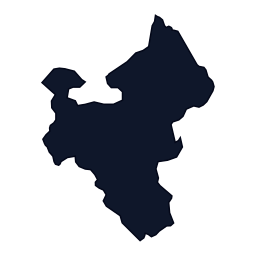 an SVG outline of Heves, rotated 270°
{"feature_id": "HUN-3174", "entity_name": "Heves", "entity_type": "County", "adm_level": 1, "iso_a3": "HUN", "parent_name": "Hungary", "parent_adm1": "", "projection": "robinson", "projection_center": [20.209, 47.788], "detail": "fine", "context": "isolated", "style": "filled", "palette": "ink", "viewbox_px": 256, "rotation_deg": 270, "n_neighbors": 0, "source": "natural_earth", "source_scale": "10m", "svg_char_len": 1626}
<svg xmlns="http://www.w3.org/2000/svg" viewBox="0 0 256 256"><g transform="rotate(270 128 128)"><path d="M240.6,155.5L239.5,157.2L238.6,159.5L236.1,162.5L230.5,164.4L228.5,166.0L229.7,168.8L229.0,170.3L228.4,171.3L227.5,171.9L225.8,172.2L225.8,173.6L224.7,177.8L191.3,197.0L189.6,198.9L188.6,203.9L186.0,205.9L179.2,207.9L178.2,208.8L175.8,211.5L174.0,212.7L169.4,214.0L165.2,212.9L154.4,206.8L151.0,203.2L148.9,199.0L150.1,193.7L146.9,186.3L139.7,183.0L136.1,178.8L134.1,172.7L131.5,171.0L113.6,175.2L115.4,178.5L118.3,180.3L109.0,182.4L99.0,176.6L95.8,167.6L94.4,158.0L87.1,155.9L78.0,158.4L73.7,157.4L70.4,159.9L60.1,171.9L57.7,171.5L53.5,168.7L43.2,169.6L33.0,173.6L30.3,170.6L30.1,166.6L24.9,159.2L21.3,155.8L19.3,151.4L21.6,148.3L22.7,145.2L20.4,144.7L18.1,143.8L15.4,140.1L33.2,122.2L40.3,120.2L49.8,106.4L55.1,103.3L61.2,106.2L66.0,103.4L67.9,99.2L70.6,95.5L73.8,95.4L76.3,97.6L81.5,94.8L86.4,90.6L87.0,85.2L89.5,79.2L94.1,75.7L99.8,75.2L98.5,67.4L94.4,61.0L92.1,60.1L90.8,58.7L91.8,55.5L94.3,54.1L99.8,52.9L103.9,49.3L109.2,47.2L110.7,45.5L112.6,44.5L116.8,42.9L121.3,46.1L124.9,49.9L128.0,49.6L130.6,50.4L133.1,53.8L136.2,55.9L142.8,55.9L148.2,51.8L155.0,51.5L161.4,55.4L173.4,42.0L183.6,51.0L186.9,53.9L187.8,59.4L187.2,64.9L184.8,74.3L176.4,81.7L174.1,85.2L168.9,79.8L168.9,73.1L167.1,68.6L158.2,67.1L155.2,75.3L150.4,77.6L151.6,85.1L154.0,94.1L151.7,103.8L151.7,113.5L155.8,122.5L164.2,122.5L168.4,118.0L168.4,111.3L172.5,107.6L179.1,106.1L180.7,108.2L182.1,109.1L194.2,127.1L203.0,135.8L205.5,143.1L209.4,148.7L230.2,152.2L234.5,154.6L240.6,155.5Z" fill="#0f172a" stroke="#020617" stroke-width="1.5"/></g></svg>